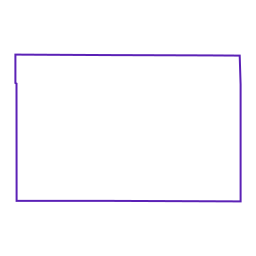 Beadle, South Dakota, United States of America (Natural Earth projection)
{"feature_id": "52423323B64363229098569", "entity_name": "Beadle", "entity_type": "district", "adm_level": 2, "iso_a3": "USA", "parent_name": "United States of America", "parent_adm1": "South Dakota", "projection": "natural_earth1", "projection_center": [-98.339, 44.415], "detail": "fine", "context": "isolated", "style": "outline", "palette": "violet", "viewbox_px": 256, "rotation_deg": 0, "n_neighbors": 0, "source": "geoboundaries", "source_scale": "gbopen_adm2", "svg_char_len": 246}
<svg xmlns="http://www.w3.org/2000/svg" viewBox="0 0 256 256"><path d="M15.4,54.6L15.4,83.0L16.5,83.6L16.6,200.9L114.1,200.9L240.6,201.4L240.6,84.6L239.7,55.6L207.6,55.4L111.5,55.1L15.4,54.6Z" fill="none" stroke="#5b21b6" stroke-width="2"/></svg>